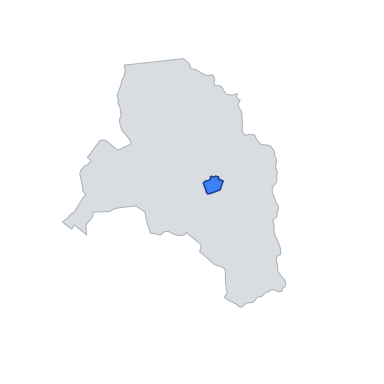 Cueibet, Lakes, South Sudan shown in context, rotated 219°
{"feature_id": "79223893B36009183812967", "entity_name": "Cueibet", "entity_type": "district", "adm_level": 2, "iso_a3": "SSD", "parent_name": "South Sudan", "parent_adm1": "Lakes", "projection": "albers", "projection_center": [29.25, 7.096], "detail": "fine", "context": "in_parent", "style": "filled", "palette": "blue", "viewbox_px": 384, "rotation_deg": 219, "n_neighbors": 0, "source": "geoboundaries", "source_scale": "gbopen_adm2", "svg_char_len": 3985}
<svg xmlns="http://www.w3.org/2000/svg" viewBox="0 0 384 384"><g transform="rotate(219 192 192)"><path d="M293.9,278.8L284.3,288.7L283.6,289.3L282.4,290.1L278.4,290.2L274.3,289.7L270.5,287.2L266.7,289.2L264.3,289.8L262.9,290.1L259.5,290.4L254.7,291.5L252.5,292.8L251.4,293.9L250.4,295.8L249.9,296.0L249.0,295.8L247.8,295.0L245.3,293.9L244.0,291.5L242.8,290.0L241.8,289.3L237.7,291.7L235.8,292.3L234.2,292.2L231.2,290.9L228.0,289.7L226.3,289.7L223.8,291.2L220.9,293.4L219.5,295.6L218.8,296.8L217.8,294.9L216.8,293.6L215.4,293.2L212.7,293.7L212.1,293.0L211.9,291.3L211.5,289.8L210.8,288.6L208.7,287.4L203.3,285.1L199.1,280.4L197.0,278.2L195.5,276.8L193.3,273.2L190.9,270.6L187.9,269.4L185.9,270.0L183.9,272.7L180.0,275.3L178.3,275.4L176.0,274.0L173.2,273.0L168.1,272.6L166.0,273.8L163.3,275.7L160.9,276.9L159.5,277.0L158.1,276.6L156.6,276.3L155.3,276.3L152.6,274.5L151.2,273.2L150.2,271.9L148.7,271.0L146.9,270.3L145.6,269.2L145.0,267.8L144.0,266.0L142.7,264.3L138.5,261.4L137.3,259.7L136.4,258.0L134.8,256.1L133.0,253.7L132.4,250.0L132.3,247.1L132.0,245.8L131.2,244.4L130.3,243.2L128.9,241.9L125.5,240.1L122.0,237.9L120.4,236.6L117.2,236.1L115.3,234.9L113.7,232.1L113.1,229.9L111.5,228.2L110.8,227.0L110.5,225.6L111.8,221.2L109.9,219.7L107.2,217.7L105.2,215.5L104.1,213.5L100.6,210.9L92.9,206.9L88.5,204.3L86.1,202.0L84.0,199.8L83.8,198.9L85.2,196.7L85.4,194.9L84.3,192.9L79.7,189.1L76.1,184.9L73.4,183.6L66.7,182.4L64.8,181.9L62.8,181.1L60.9,179.2L60.2,177.0L61.2,173.4L60.6,172.4L59.5,172.1L59.8,171.3L61.1,169.6L63.2,168.5L68.7,166.8L69.0,166.2L69.1,164.0L69.6,162.9L71.5,159.9L71.8,158.6L71.9,156.0L72.2,154.8L72.7,154.0L74.2,152.5L74.8,151.5L75.0,149.5L74.9,145.6L75.7,144.1L79.2,140.5L80.1,138.9L80.4,137.5L80.4,136.0L80.6,134.6L81.7,133.2L82.6,132.8L85.1,132.4L86.8,132.7L99.0,130.3L100.4,130.7L101.0,132.1L101.0,134.4L101.2,135.6L101.8,136.4L103.7,137.5L105.1,139.3L105.8,140.0L107.7,141.3L116.7,151.9L119.2,152.9L121.7,152.6L126.6,150.4L129.1,149.8L146.3,150.5L148.2,150.2L148.3,150.3L150.9,155.6L152.2,156.8L171.0,156.9L170.7,155.4L170.9,153.7L174.2,150.4L174.7,150.1L177.6,148.5L180.5,147.5L185.9,146.3L187.9,144.3L189.0,142.6L189.0,139.1L189.8,138.6L191.1,137.8L197.4,134.7L198.5,134.0L209.6,141.2L215.9,146.8L216.3,147.1L216.6,147.2L217.0,147.0L217.2,146.7L218.0,146.5L220.7,146.4L225.7,146.1L227.4,145.4L237.5,135.3L240.1,132.0L240.8,131.4L242.2,129.1L243.8,125.1L244.1,124.6L255.1,115.1L255.5,114.4L255.6,113.8L253.9,110.6L253.6,109.0L253.5,106.5L253.8,102.6L253.6,100.2L253.5,99.5L253.4,99.4L247.2,92.4L262.8,92.3L262.8,91.4L262.8,91.1L262.5,90.3L262.3,89.2L262.3,88.6L262.4,88.0L262.4,87.7L262.4,87.4L262.4,87.2L273.7,87.2L273.5,89.2L272.2,93.8L272.3,96.6L272.0,99.8L271.6,100.7L271.0,101.5L270.8,101.9L270.8,102.2L273.3,119.9L273.1,120.7L272.5,121.8L272.4,122.2L272.3,122.4L272.6,122.6L277.8,124.5L278.1,124.6L278.3,124.8L280.2,127.1L290.5,135.4L290.8,135.8L291.9,138.4L292.1,138.8L292.1,139.5L292.1,140.0L291.8,141.6L291.9,142.3L292.1,142.7L292.2,143.3L292.3,143.5L292.2,143.9L290.7,146.9L290.2,149.1L290.1,150.9L290.2,152.0L290.3,152.7L290.5,153.0L295.1,153.0L295.1,154.0L295.8,170.0L295.8,171.9L295.7,174.1L295.2,175.0L293.9,176.3L292.4,177.5L288.4,177.8L285.0,177.8L282.7,177.6L279.4,177.5L276.4,177.8L275.3,178.8L271.3,187.4L270.1,189.5L269.8,190.7L270.2,191.5L271.8,192.6L275.2,194.0L279.2,194.9L282.1,195.2L284.2,195.6L285.7,196.1L291.4,199.9L293.2,201.7L294.2,203.3L294.5,205.0L295.3,206.7L300.5,212.0L305.4,214.4L307.3,217.3L309.1,218.6L310.9,220.1L311.8,222.3L314.0,228.7L315.5,232.1L317.0,234.8L317.6,239.3L318.8,241.3L320.0,243.7L322.0,245.9L324.1,247.5L324.5,248.0L303.5,269.1L293.9,278.8Z" fill="#d9dde1" stroke="#a8b0b8" stroke-width="1"/><path d="M183.6,219.3L184.6,217.0L186.8,216.5L187.2,215.0L185.5,213.1L188.9,207.9L188.7,205.9L181.4,201.7L181.3,201.0L178.7,200.4L178.3,200.8L176.6,202.6L171.5,211.4L174.2,218.5L174.5,220.1L177.9,219.4L178.6,218.4L179.1,218.4L180.7,220.4L183.6,219.3Z" fill="#3b82f6" stroke="#1e3a8a" stroke-width="1.5"/></g></svg>